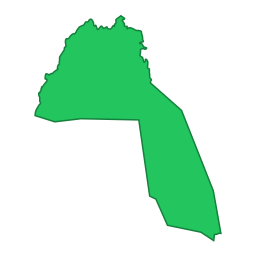 outline of Dolores, Copán, Honduras
{"feature_id": "27666195B68227571253463", "entity_name": "Dolores", "entity_type": "district", "adm_level": 2, "iso_a3": "HND", "parent_name": "Honduras", "parent_adm1": "Copán", "projection": "robinson", "projection_center": [-88.864, 14.902], "detail": "fine", "context": "isolated", "style": "filled", "palette": "green", "viewbox_px": 256, "rotation_deg": 0, "n_neighbors": 0, "source": "geoboundaries", "source_scale": "gbopen_adm2", "svg_char_len": 5208}
<svg xmlns="http://www.w3.org/2000/svg" viewBox="0 0 256 256"><path d="M220.9,233.4L213.3,190.8L181.5,110.4L150.3,82.8L150.5,82.1L150.7,81.4L150.9,80.8L151.3,80.1L151.4,79.9L151.4,79.6L151.3,79.4L151.2,79.2L150.6,78.7L150.2,78.3L149.8,77.5L149.7,77.1L149.6,76.5L149.7,75.6L149.7,74.7L149.4,72.4L149.4,71.2L149.4,69.9L149.4,69.0L148.7,68.7L148.1,68.3L147.9,68.1L147.7,67.9L147.6,67.5L147.5,67.2L147.5,66.4L147.8,65.0L147.8,64.0L147.8,62.1L147.7,61.7L147.6,61.3L147.2,60.4L146.9,60.0L146.7,59.7L146.4,59.5L146.1,59.3L145.9,59.2L145.7,59.2L145.5,59.3L145.4,59.4L145.3,59.6L145.3,59.9L145.5,60.3L145.5,60.6L145.4,61.0L145.1,61.5L144.6,61.9L144.2,62.2L143.8,61.7L143.6,61.2L142.8,58.3L142.5,57.5L142.4,57.4L141.8,57.0L141.0,56.5L140.0,55.6L139.9,55.5L139.9,55.3L140.1,54.7L140.3,53.6L140.5,51.8L140.6,51.1L140.5,50.3L140.6,49.9L140.7,49.5L140.9,49.2L141.1,49.1L141.3,49.0L142.2,48.8L142.8,48.7L143.2,48.7L143.7,48.8L144.8,49.2L145.3,49.2L145.7,49.1L146.1,48.9L146.4,48.5L146.5,48.4L146.6,48.2L146.5,47.9L146.2,47.7L145.8,47.6L144.9,47.2L144.0,47.1L143.8,47.0L143.6,46.7L143.2,46.1L142.4,44.6L142.2,44.3L141.9,44.0L141.6,43.8L141.2,43.7L140.9,43.7L140.4,43.8L140.1,43.8L139.9,43.6L139.7,43.3L139.6,43.1L139.7,42.8L139.8,42.6L140.0,42.4L140.3,42.4L141.1,42.3L142.2,42.1L142.6,41.9L143.1,41.7L143.3,41.6L143.3,41.4L143.3,41.2L143.2,40.8L142.8,39.9L142.7,39.7L142.6,39.0L142.6,37.6L142.5,36.6L142.3,35.8L141.9,34.5L141.6,33.5L141.4,31.9L141.3,31.6L141.1,31.4L140.9,31.2L140.4,30.9L140.1,30.8L139.2,30.6L138.7,30.5L137.6,30.5L137.0,30.5L136.1,30.3L135.6,30.2L135.0,29.9L133.7,29.1L132.9,28.7L131.8,28.2L130.9,27.9L130.4,27.8L129.8,27.8L128.6,27.9L128.3,28.0L128.0,28.1L127.5,28.7L127.4,28.7L127.2,28.7L127.1,28.2L127.0,27.4L127.1,26.7L127.1,26.4L126.9,26.4L126.4,26.3L125.7,26.4L125.2,26.4L124.8,26.3L124.5,26.0L124.4,25.7L124.3,25.4L124.4,25.1L124.5,24.7L124.5,24.4L124.5,24.2L124.3,23.7L124.1,23.2L123.3,22.2L122.8,21.4L122.5,20.9L122.4,20.5L122.3,20.3L122.4,20.1L122.5,19.8L122.7,19.5L123.0,19.4L123.6,19.6L123.9,19.5L124.2,19.2L124.4,18.9L124.6,18.6L124.6,18.4L124.3,18.2L122.8,17.1L122.4,16.8L121.5,16.4L121.3,16.2L121.1,16.0L121.1,15.9L121.4,15.4L119.2,17.1L116.7,18.9L116.3,19.3L116.0,19.6L115.9,19.8L115.9,21.0L115.9,21.5L116.1,22.2L116.1,22.5L116.0,22.8L115.5,23.5L115.2,23.8L114.8,24.1L114.6,24.3L114.6,24.5L114.6,25.1L114.6,25.4L114.5,25.9L114.4,26.2L114.2,26.3L114.1,26.2L113.9,25.8L113.7,25.6L113.2,25.8L112.8,26.1L112.5,26.4L112.3,26.8L112.0,27.5L111.7,28.0L111.2,28.4L110.7,28.8L110.4,28.9L110.0,29.0L109.5,29.0L108.9,29.0L108.2,28.8L107.9,28.6L107.6,28.4L107.4,28.1L107.3,27.8L107.2,27.3L107.1,27.1L106.9,26.9L106.7,26.9L106.4,27.0L105.4,27.6L104.5,28.2L103.9,28.5L103.7,28.5L103.4,28.2L102.8,27.4L101.9,26.4L101.7,26.2L101.4,26.1L101.0,26.2L100.6,26.5L99.4,28.0L98.5,29.1L98.2,29.3L97.8,29.5L97.7,29.5L97.3,29.3L97.1,28.8L96.5,27.0L96.1,26.0L95.8,25.4L95.6,25.3L95.4,25.3L95.2,25.4L95.1,25.7L94.9,25.9L94.8,26.0L94.6,26.0L94.4,25.9L94.2,25.8L94.0,25.6L93.8,25.3L93.6,25.0L93.6,24.6L93.6,23.5L93.5,22.8L93.2,22.1L93.0,21.6L92.8,21.1L92.4,20.5L91.9,19.8L91.3,19.3L91.1,19.2L90.9,19.2L90.7,19.2L90.4,19.2L89.7,19.6L89.2,20.0L88.9,20.5L88.4,21.4L88.0,21.7L87.7,21.9L87.3,22.1L87.0,22.1L86.7,22.1L86.3,21.9L86.0,21.9L85.8,22.0L85.5,22.2L85.3,22.4L84.8,23.3L84.0,24.7L83.7,25.1L82.8,25.4L82.2,25.6L80.4,26.5L79.6,26.9L79.3,27.1L78.9,27.6L78.4,28.2L76.9,30.3L76.5,31.0L76.2,31.9L76.0,32.2L75.4,33.0L74.6,33.8L74.3,33.9L73.9,33.7L73.6,33.7L73.0,33.9L72.5,34.1L72.1,34.4L71.5,34.9L70.5,35.9L69.8,36.8L69.0,38.0L68.6,38.5L68.2,38.7L67.8,38.8L67.5,38.8L66.9,38.7L66.6,38.7L66.4,38.8L66.1,39.0L65.9,39.3L65.6,40.0L65.5,40.6L65.4,41.4L65.4,42.0L66.0,46.2L65.9,46.5L65.7,46.9L65.5,47.0L65.2,47.0L64.9,47.1L64.7,47.3L64.5,47.6L64.4,47.9L64.3,48.3L64.3,48.7L64.4,49.4L64.3,49.6L64.2,49.9L60.8,55.1L60.1,56.3L59.7,57.0L59.6,57.5L59.5,57.9L59.5,58.3L59.6,58.9L59.6,59.3L59.6,59.9L59.3,62.0L59.2,62.6L59.3,63.5L59.3,64.1L59.2,64.4L59.0,64.6L58.5,64.8L58.3,64.9L58.1,65.2L57.9,65.7L57.7,66.3L57.5,67.4L57.4,68.0L57.4,68.5L57.5,68.6L57.6,68.8L57.9,69.0L58.0,69.1L57.9,69.3L57.7,69.5L56.8,69.9L55.6,70.7L54.0,71.9L53.5,72.4L52.8,73.2L52.3,73.5L52.1,73.5L51.7,73.5L51.4,73.5L49.6,74.5L49.0,74.9L48.8,74.8L48.4,74.5L47.9,74.2L47.3,74.0L46.6,73.9L46.3,73.8L46.0,73.9L45.8,74.0L45.7,74.3L45.5,75.2L45.2,76.7L45.1,78.3L45.2,78.8L45.3,79.0L45.5,79.1L45.9,79.1L46.1,79.1L46.3,79.1L46.5,79.2L46.8,79.5L47.0,80.0L47.0,80.4L46.8,81.0L46.5,81.5L44.1,84.5L42.5,86.7L42.3,87.0L42.2,87.0L41.8,87.0L41.6,87.0L41.5,87.3L41.7,87.8L41.7,88.1L41.6,88.4L41.2,88.7L41.0,89.0L41.0,89.4L41.2,89.8L41.2,90.0L41.2,90.3L41.1,90.5L40.9,90.8L40.4,91.1L40.2,91.4L40.1,91.7L40.2,92.1L40.2,92.3L40.2,92.5L39.9,92.8L39.7,92.9L39.3,92.7L39.1,92.8L38.9,92.9L38.8,93.1L38.7,93.4L38.7,93.8L38.7,94.3L38.8,94.9L39.0,95.8L39.6,97.0L39.7,97.4L39.7,97.8L39.8,98.5L39.7,99.9L39.7,101.0L39.8,101.4L40.0,101.8L40.5,102.7L40.5,102.9L40.5,103.2L40.4,103.5L40.2,103.8L39.3,104.7L39.0,105.1L38.5,105.9L36.7,109.0L36.2,110.0L35.8,110.9L35.5,112.1L35.2,113.8L35.1,115.6L54.8,121.8L80.9,118.7L138.8,119.9L149.7,196.1L155.9,199.1L167.5,225.3L200.9,232.2L213.7,240.6L214.5,234.5L216.9,234.3L218.8,233.3L220.9,233.4Z" fill="#22c55e" stroke="#15803d" stroke-width="1.5"/></svg>